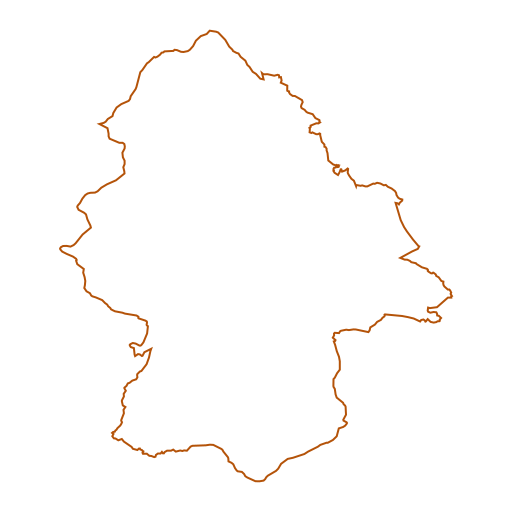 outline of Braesti, Buzau, Romania
{"feature_id": "2599482B63249813627475", "entity_name": "Braesti", "entity_type": "district", "adm_level": 2, "iso_a3": "ROU", "parent_name": "Romania", "parent_adm1": "Buzau", "projection": "natural_earth1", "projection_center": [26.505, 45.442], "detail": "fine", "context": "isolated", "style": "outline", "palette": "amber", "viewbox_px": 512, "rotation_deg": 0, "n_neighbors": 0, "source": "geoboundaries", "source_scale": "gbopen_adm2", "svg_char_len": 6023}
<svg xmlns="http://www.w3.org/2000/svg" viewBox="0 0 512 512"><path d="M441.1,318.0L438.8,315.8L437.2,315.5L437.0,313.6L436.3,312.3L433.6,312.0L430.3,312.7L428.1,311.7L427.7,310.6L428.1,307.6L429.9,308.1L437.0,307.2L447.9,297.6L451.3,297.6L451.2,296.3L451.9,296.0L450.6,293.9L451.2,292.6L450.1,290.4L449.3,289.5L447.9,289.6L444.4,286.5L443.6,285.2L443.2,283.6L443.4,281.6L441.4,281.0L438.7,277.3L436.2,275.9L435.8,274.5L433.5,272.7L433.1,272.6L432.1,273.4L431.1,273.3L428.3,271.5L427.7,270.8L428.0,270.1L427.7,269.5L426.9,268.8L421.9,267.3L416.5,264.0L415.9,263.2L411.3,262.2L409.9,260.9L407.3,259.7L404.6,259.6L400.3,257.9L412.2,251.4L417.8,248.9L419.2,246.4L418.6,246.2L413.1,239.7L406.9,231.4L404.1,227.1L400.7,220.1L395.6,202.9L397.6,203.3L398.9,204.4L399.8,202.7L402.2,200.6L402.3,199.5L399.6,198.7L398.1,197.6L396.5,195.0L396.1,192.9L395.0,191.1L391.6,188.5L387.9,186.8L385.8,184.9L383.8,185.3L380.4,183.5L377.1,182.8L374.8,183.8L373.2,183.6L367.3,186.4L365.4,186.4L362.2,185.4L360.6,185.8L356.8,185.1L356.3,185.3L356.1,186.2L353.9,180.7L351.4,178.8L349.1,175.5L347.9,173.3L347.7,172.3L348.1,168.9L347.6,168.5L345.3,170.4L342.1,171.6L341.3,169.3L340.7,169.3L339.6,172.2L338.0,175.0L334.6,172.8L333.4,170.9L333.9,170.4L333.4,169.1L334.1,167.7L335.7,167.5L336.2,166.4L337.5,167.1L338.6,166.9L338.8,166.5L338.2,165.7L338.7,165.3L338.1,165.1L337.4,165.5L336.9,165.2L336.8,165.6L333.2,164.5L328.3,160.5L327.5,153.1L326.6,150.4L326.6,148.7L325.6,147.1L324.4,146.7L324.4,144.5L321.8,141.8L320.2,135.2L320.2,133.8L319.5,133.4L317.9,134.2L316.2,134.2L312.4,132.4L311.4,133.0L309.6,132.3L309.9,128.6L309.4,127.9L310.7,126.9L310.6,125.6L316.3,123.3L318.5,123.4L320.0,122.4L319.3,121.9L319.6,121.0L319.4,120.1L315.4,118.1L312.7,114.2L307.5,112.6L306.2,111.7L304.6,109.8L301.6,108.1L301.0,106.7L301.3,105.1L302.7,102.1L302.0,100.1L294.9,96.0L292.6,95.9L290.0,94.0L289.0,92.3L289.1,91.4L287.4,90.9L287.2,90.4L287.3,85.7L280.8,82.7L281.6,80.4L280.9,77.1L279.2,77.4L279.0,75.3L277.7,74.8L274.2,75.7L267.6,74.2L263.4,74.3L262.0,73.1L263.6,79.4L260.3,78.7L256.0,73.9L252.7,71.8L249.5,66.9L247.3,64.9L245.4,60.7L240.6,56.8L238.5,53.5L236.3,52.8L233.0,51.0L232.4,49.7L229.2,46.6L225.3,39.9L218.2,32.5L216.1,31.7L209.7,30.7L206.7,34.0L200.8,36.1L195.9,40.7L193.1,46.1L189.8,49.8L187.8,51.1L183.5,52.0L181.0,51.8L177.0,50.1L174.5,49.8L173.4,50.9L164.4,51.4L163.4,52.4L161.6,52.7L160.0,54.7L157.4,56.7L155.4,57.5L154.1,56.9L148.7,62.2L147.0,63.3L142.3,70.1L140.3,72.2L136.4,87.1L135.6,89.1L130.7,96.2L130.0,99.1L128.6,100.9L121.3,104.1L116.6,107.5L113.3,113.0L112.5,116.1L107.8,119.0L105.7,121.7L103.7,122.9L99.4,124.0L107.5,128.2L108.6,133.7L108.6,136.3L109.6,138.7L119.3,142.8L122.6,142.8L124.3,144.0L124.8,146.3L124.6,148.5L122.4,152.7L122.9,157.3L124.6,160.7L124.6,164.1L123.3,167.2L124.3,171.3L124.5,173.5L116.0,180.3L107.0,184.3L101.3,187.7L97.6,191.3L95.0,192.6L90.3,192.8L87.6,193.5L85.2,195.1L82.4,198.6L80.0,203.0L77.7,205.6L77.2,206.9L78.6,209.8L84.2,212.8L86.0,214.4L87.4,219.4L90.4,225.6L90.9,227.6L82.6,234.5L75.6,243.3L73.6,245.1L70.5,246.6L66.6,245.9L63.1,246.0L61.0,247.1L60.1,248.4L60.3,249.4L62.2,251.6L66.7,253.9L73.0,256.6L76.1,258.8L76.7,260.0L76.1,260.7L77.3,264.2L83.8,269.0L83.2,272.7L84.6,277.1L85.3,281.0L84.9,285.2L84.3,288.0L86.5,291.3L89.9,293.2L91.2,295.5L92.3,296.3L95.8,297.4L102.2,300.1L105.0,303.0L107.2,304.6L108.2,306.3L110.3,308.0L111.0,309.3L112.7,310.2L115.0,311.3L122.4,312.7L124.9,313.6L136.5,315.5L138.4,316.7L138.3,318.0L138.7,318.4L145.4,320.6L146.8,321.5L147.0,322.8L146.6,324.6L146.8,325.3L147.9,326.2L147.1,333.5L143.4,342.4L141.4,345.0L140.6,345.6L139.5,345.6L135.7,343.6L132.8,343.0L130.5,344.1L129.8,344.7L129.8,345.5L130.8,347.1L133.9,348.1L134.6,354.6L135.1,356.1L138.0,354.1L139.8,354.4L141.9,356.0L142.5,355.8L144.4,352.2L151.2,348.8L150.4,351.1L149.0,357.5L146.6,364.2L141.4,371.0L139.9,371.5L137.3,374.1L137.1,375.0L137.4,377.3L136.2,379.3L132.3,380.6L129.6,382.8L127.8,383.4L126.5,385.9L124.4,387.7L124.4,388.3L125.8,390.8L123.7,393.8L123.9,396.5L121.9,400.4L121.9,401.5L122.8,405.4L125.4,407.0L123.5,409.8L123.9,413.3L121.3,419.9L121.2,420.7L122.0,422.2L121.4,423.7L120.3,425.5L117.4,428.2L116.5,429.7L115.3,430.6L114.8,431.7L113.1,432.0L112.1,432.9L113.5,434.0L112.3,436.2L113.2,437.5L114.0,438.4L115.5,438.5L118.3,440.3L121.8,439.0L123.9,441.6L131.6,446.9L132.9,448.8L137.4,450.0L139.0,448.5L139.9,448.5L140.3,449.5L142.0,450.1L142.5,450.9L143.4,451.3L143.4,451.7L142.5,452.8L143.0,453.8L146.8,453.7L149.3,455.8L151.4,456.0L154.2,457.1L155.5,456.7L155.9,455.0L157.9,453.5L160.6,453.5L161.9,451.9L162.9,453.3L163.9,453.3L164.6,452.1L167.0,450.7L171.0,450.7L173.2,449.6L175.8,451.6L180.2,450.5L182.4,451.0L184.1,450.4L186.9,450.7L190.6,446.6L192.4,445.8L205.8,445.3L209.9,444.7L213.3,444.9L221.5,449.0L222.5,449.9L223.4,451.6L227.9,457.2L228.3,458.3L228.5,461.4L231.5,462.8L233.3,464.3L235.0,468.1L236.7,470.5L237.7,471.3L241.9,471.9L244.1,474.0L245.3,476.2L247.3,477.5L255.4,481.2L259.4,481.3L263.6,480.6L265.2,479.1L266.2,477.3L267.8,475.7L276.0,470.9L278.2,468.7L281.1,463.8L287.7,458.9L292.9,457.8L304.4,454.0L308.1,451.6L317.9,446.7L320.3,444.9L326.6,442.7L327.7,442.8L332.9,440.0L336.7,436.3L338.8,428.4L343.1,427.0L345.1,425.7L346.5,424.0L347.0,423.0L346.6,422.3L343.5,420.6L343.3,419.7L346.0,414.7L345.6,406.7L345.1,405.6L343.6,404.2L343.1,402.8L336.7,397.6L335.6,394.4L334.8,388.9L333.5,386.8L333.4,385.7L333.5,379.1L334.8,377.7L337.1,373.2L339.8,369.7L339.8,361.3L339.0,356.8L336.8,351.2L335.1,344.8L333.8,341.4L335.2,340.9L335.5,340.1L332.8,337.7L334.1,335.4L334.0,333.6L334.7,332.8L339.0,333.1L340.1,331.3L340.9,330.8L346.2,329.7L348.9,330.1L353.5,329.4L355.9,329.5L368.4,332.1L369.6,330.4L370.3,327.4L374.9,324.6L377.1,321.9L380.9,319.9L382.5,317.8L384.4,316.4L384.7,315.6L384.5,314.7L384.9,314.4L402.1,316.0L407.9,317.1L413.7,318.5L420.1,321.5L421.2,320.0L423.4,319.5L424.8,320.5L425.4,321.6L425.9,321.4L427.7,319.1L430.6,321.9L433.7,322.6L436.3,322.1L437.5,321.3L439.5,321.2L439.8,320.8L439.7,319.6L441.1,318.0Z" fill="none" stroke="#b45309" stroke-width="2"/></svg>